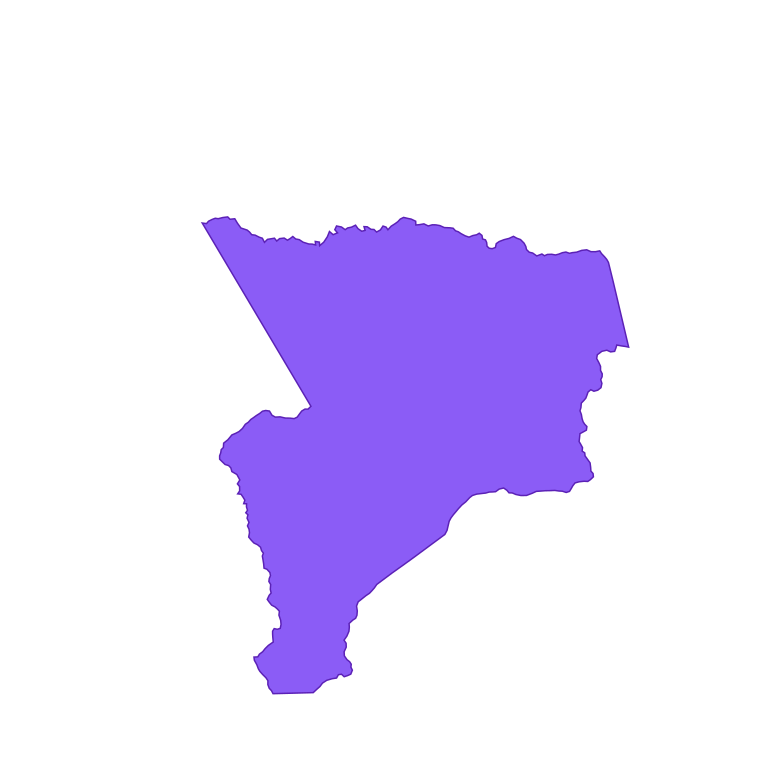 Reserva do Cabaçal, Mato Grosso, Brazil (Mercator projection), rotated 59°
{"feature_id": "56859067B45237202156931", "entity_name": "Reserva do Cabaçal", "entity_type": "district", "adm_level": 2, "iso_a3": "BRA", "parent_name": "Brazil", "parent_adm1": "Mato Grosso", "projection": "mercator", "projection_center": [-58.451, -14.934], "detail": "fine", "context": "isolated", "style": "filled", "palette": "violet", "viewbox_px": 768, "rotation_deg": 59, "n_neighbors": 0, "source": "geoboundaries", "source_scale": "gbopen_adm2", "svg_char_len": 4658}
<svg xmlns="http://www.w3.org/2000/svg" viewBox="0 0 768 768"><g transform="rotate(59 384 384)"><path d="M554.0,637.4L559.2,637.6L563.5,638.4L566.4,638.4L570.6,637.6L574.9,636.5L578.5,636.3L581.9,638.4L585.8,639.1L588.9,638.4L592.3,638.6L612.1,603.6L611.1,599.0L610.3,594.7L608.7,590.8L608.5,585.7L609.9,580.3L611.6,576.1L609.7,572.8L610.9,569.9L614.4,568.9L615.2,565.4L615.6,561.9L613.0,558.5L609.7,558.2L607.3,556.4L604.3,556.5L601.2,557.7L596.6,558.0L593.0,556.1L590.1,551.9L586.7,550.0L583.0,550.2L581.0,545.7L577.9,541.4L574.5,538.9L571.3,537.3L570.3,532.3L570.2,529.0L568.3,526.3L564.8,523.8L560.2,521.9L557.4,518.3L556.7,512.8L556.1,508.4L555.9,504.2L554.9,500.6L553.8,497.2L552.1,493.5L550.2,474.8L549.0,459.6L547.9,446.8L544.3,409.3L541.9,405.3L539.6,403.1L535.2,398.8L533.2,395.4L531.7,391.7L530.6,388.4L529.2,384.4L527.8,379.6L527.1,374.6L525.5,369.0L525.1,365.6L526.1,361.3L528.3,356.4L529.9,352.9L530.8,349.5L532.4,346.6L533.8,343.8L533.4,339.3L534.8,335.0L538.4,333.4L541.7,332.9L543.4,330.2L546.6,327.9L550.1,324.1L552.9,319.3L554.0,313.3L554.5,308.7L556.6,304.6L558.6,300.6L560.7,297.0L563.2,292.4L565.8,289.2L567.7,286.4L570.8,283.7L571.6,280.3L570.0,277.2L568.5,274.6L567.2,271.2L568.3,267.2L570.4,262.6L572.5,259.5L572.3,256.3L571.4,252.3L568.4,250.9L565.2,251.5L561.7,249.7L557.8,248.0L553.8,248.3L549.2,248.7L546.4,247.4L543.6,248.7L540.8,246.6L536.8,246.4L533.8,246.4L531.1,244.3L527.5,241.6L527.7,237.6L527.8,234.3L525.0,232.0L521.8,232.7L518.9,232.8L515.6,232.0L511.7,230.5L507.9,229.8L505.7,227.4L502.0,224.7L501.1,221.3L500.1,218.3L497.9,215.5L496.0,213.3L495.4,209.7L498.3,207.8L499.4,204.0L498.9,199.9L495.7,196.9L491.9,196.0L490.1,193.3L487.7,191.7L483.9,191.4L480.4,189.3L476.2,188.8L471.7,188.6L468.8,186.1L468.2,180.4L469.8,175.6L473.2,173.2L474.8,169.5L472.6,166.7L470.5,164.4L473.6,160.9L476.1,157.8L478.4,155.3L416.4,135.5L411.3,133.9L395.4,129.0L392.1,128.9L388.7,129.4L384.2,130.4L381.0,130.5L379.5,134.6L377.1,138.5L373.4,141.1L371.3,145.7L370.2,151.0L368.4,154.9L367.5,157.7L364.6,160.1L363.3,163.5L362.7,167.2L361.7,170.6L359.2,173.4L357.1,177.2L356.7,180.4L353.9,181.7L352.9,187.1L348.3,189.1L345.9,191.6L342.1,192.6L339.2,191.6L335.4,191.4L330.5,192.6L327.4,195.1L324.1,197.0L323.6,201.8L322.1,206.8L321.2,211.9L321.5,215.5L324.4,218.2L323.7,221.6L321.8,223.9L319.0,224.7L315.5,223.1L312.7,222.8L310.5,224.8L307.1,223.5L303.8,224.7L303.8,227.7L302.5,231.4L301.9,235.5L298.8,238.1L294.8,240.5L291.8,241.9L289.5,243.8L286.1,244.5L284.1,247.0L281.0,251.7L277.0,254.5L274.3,257.6L272.4,260.6L271.3,264.7L267.3,267.3L265.6,271.7L264.1,274.8L260.8,273.0L256.6,275.8L254.4,278.2L251.3,281.4L251.0,285.1L252.0,288.6L252.3,292.0L252.4,296.5L253.8,301.2L250.6,301.4L248.1,303.5L250.1,307.8L249.9,312.1L246.4,313.0L244.7,315.5L240.6,317.4L238.8,320.1L242.6,321.1L241.6,324.4L237.4,326.3L233.2,326.6L232.8,331.1L231.5,334.8L231.7,337.8L227.5,339.6L224.1,343.3L226.4,346.7L230.5,346.0L229.8,350.7L225.2,352.2L228.6,356.7L231.4,362.6L232.3,367.9L229.1,366.3L226.4,369.5L229.6,371.0L227.1,373.5L225.3,376.3L220.8,380.3L216.6,382.3L214.2,385.0L210.6,386.2L211.0,389.6L211.0,392.7L207.5,394.4L205.6,398.6L206.2,402.3L202.6,402.8L200.0,409.4L201.0,413.5L196.4,413.2L193.8,415.4L190.0,417.8L187.9,420.5L184.5,421.0L181.6,422.0L176.6,426.3L170.7,426.8L165.5,426.8L163.5,431.1L160.3,431.9L158.3,436.4L156.9,441.0L155.0,443.3L154.4,446.7L154.1,450.6L155.1,453.5L152.4,456.9L365.5,458.1L366.4,462.1L364.8,464.7L364.8,468.5L366.3,472.2L367.7,475.5L367.4,478.8L364.9,482.1L362.3,486.2L358.7,489.9L356.4,494.2L353.1,496.1L348.2,496.1L345.8,499.0L344.7,502.2L345.2,505.5L345.3,509.7L345.6,513.1L345.8,516.4L346.9,520.0L347.1,523.6L349.2,528.2L350.1,532.7L349.9,536.3L349.3,540.6L351.4,546.6L352.1,551.9L355.7,554.4L356.4,557.3L359.0,559.5L360.9,561.9L363.8,563.6L367.7,562.6L371.1,561.7L373.9,559.2L377.0,558.5L380.7,559.5L385.8,556.7L392.0,557.0L394.1,561.1L397.5,560.6L401.3,562.8L402.8,566.0L404.9,563.3L408.7,563.1L411.9,563.1L414.3,565.9L415.9,563.5L418.5,565.2L421.9,566.0L423.2,568.8L426.0,568.0L428.5,570.5L433.1,571.0L435.3,574.1L439.0,574.5L442.2,575.9L445.5,578.8L449.7,578.2L453.3,577.4L456.6,575.2L460.3,573.9L463.7,574.8L466.9,574.5L468.8,576.9L472.0,578.1L476.2,579.8L480.1,581.7L482.4,579.8L486.8,578.9L489.8,580.0L491.6,582.5L494.0,584.4L497.5,584.4L501.4,587.2L505.0,588.4L506.0,591.3L508.5,595.0L512.2,594.7L515.7,594.2L519.0,592.2L521.9,591.3L524.9,590.7L528.0,593.1L533.4,594.3L537.1,596.1L540.0,598.8L539.3,601.8L537.1,604.1L538.5,606.8L541.0,608.3L543.7,609.7L548.1,611.8L548.5,617.7L549.6,622.2L551.0,625.9L551.4,629.9L552.9,632.7L551.1,636.1L554.0,637.4Z" fill="#8b5cf6" stroke="#5b21b6" stroke-width="1.5"/></g></svg>